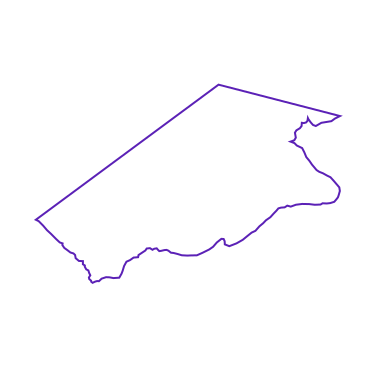 Ngchemesed, Palau, rotated 287°
{"feature_id": "81905179B10873583367862", "entity_name": "Ngchemesed", "entity_type": "district", "adm_level": 2, "iso_a3": "PLW", "parent_name": "Palau", "parent_adm1": "", "projection": "robinson", "projection_center": [134.501, 7.511], "detail": "fine", "context": "isolated", "style": "outline", "palette": "violet", "viewbox_px": 384, "rotation_deg": 287, "n_neighbors": 0, "source": "geoboundaries", "source_scale": "gbopen_adm2", "svg_char_len": 1779}
<svg xmlns="http://www.w3.org/2000/svg" viewBox="0 0 384 384"><g transform="rotate(287 192 192)"><path d="M302.4,186.0L119.8,50.8L119.3,53.9L116.3,59.5L113.1,64.5L110.7,69.5L107.3,75.8L105.1,80.3L105.0,83.3L103.4,83.5L101.2,86.2L99.9,90.0L98.6,93.4L98.6,96.6L97.6,98.6L94.7,100.1L93.0,104.0L94.0,107.9L91.0,108.8L90.4,111.0L89.2,111.3L87.1,113.5L86.7,115.8L84.4,117.4L82.6,119.1L80.1,118.4L78.7,119.2L77.7,121.4L76.7,121.9L76.1,123.5L78.0,125.6L79.1,127.3L79.5,129.1L82.7,130.9L85.4,134.7L86.3,138.1L86.7,142.0L88.8,147.5L93.3,148.5L96.2,148.7L101.4,148.7L106.2,149.7L108.7,152.6L112.2,155.3L113.9,159.5L116.1,159.3L122.4,164.5L124.7,165.2L126.0,168.2L125.2,171.1L126.7,172.5L127.8,174.7L126.8,176.3L125.9,178.0L126.7,179.7L128.4,182.6L129.2,184.6L129.0,186.6L127.8,189.6L128.3,192.2L128.5,196.4L128.5,200.7L129.8,206.0L131.0,209.4L132.9,215.2L137.0,219.9L142.1,225.3L145.8,228.2L151.0,230.5L155.8,233.8L156.3,236.0L154.5,237.6L151.5,238.7L151.1,243.5L155.9,249.6L161.1,254.5L166.2,257.9L170.6,260.9L173.4,264.0L178.9,266.5L183.0,269.2L186.6,271.0L190.8,274.3L195.1,276.3L198.8,278.2L201.6,279.4L203.1,281.7L204.4,285.1L206.8,287.1L206.9,290.7L210.2,295.1L212.8,300.9L214.7,307.6L215.7,313.2L217.6,318.6L219.4,320.2L220.4,324.2L221.8,327.4L224.2,330.9L226.9,332.1L229.5,333.1L231.6,333.2L236.2,333.1L239.5,331.5L243.9,324.6L246.6,320.1L247.2,316.3L248.2,311.7L248.5,307.8L249.4,304.7L253.3,298.7L256.1,295.2L258.8,291.1L262.8,287.8L266.2,284.5L267.1,278.6L268.7,275.7L269.0,271.5L271.4,274.7L274.3,275.4L278.8,273.1L281.5,273.8L284.5,276.5L287.1,277.5L290.3,276.8L290.6,278.8L291.9,280.8L293.8,281.6L296.6,281.2L295.6,282.1L293.2,285.3L291.5,288.1L291.3,291.1L296.0,295.5L300.5,304.6L304.0,307.2L307.9,311.3L302.4,186.0Z" fill="none" stroke="#5b21b6" stroke-width="2"/></g></svg>